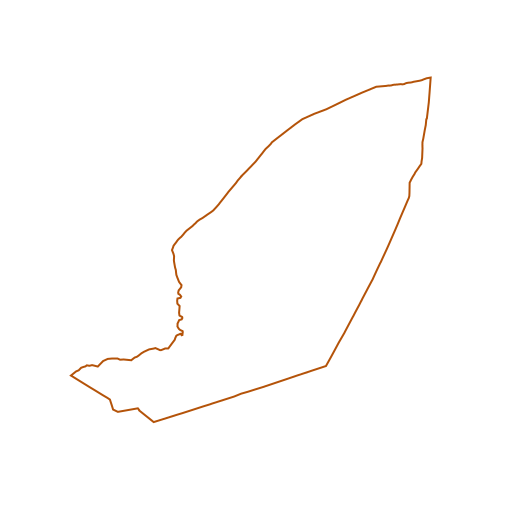 Rombo, Kilimanjaro, United Republic of Tanzania, rotated 80°
{"feature_id": "72390352B49231532539034", "entity_name": "Rombo", "entity_type": "district", "adm_level": 2, "iso_a3": "TZA", "parent_name": "United Republic of Tanzania", "parent_adm1": "Kilimanjaro", "projection": "natural_earth1", "projection_center": [37.461, -3.126], "detail": "fine", "context": "isolated", "style": "outline", "palette": "amber", "viewbox_px": 512, "rotation_deg": 80, "n_neighbors": 0, "source": "geoboundaries", "source_scale": "gbopen_adm2", "svg_char_len": 4845}
<svg xmlns="http://www.w3.org/2000/svg" viewBox="0 0 512 512"><g transform="rotate(80 256 256)"><path d="M110.6,53.0L110.6,53.5L110.6,54.9L110.6,55.9L110.6,56.9L110.7,57.7L110.8,58.1L110.9,58.7L111.0,59.1L111.0,59.5L111.2,60.2L111.3,60.9L111.5,61.4L111.6,62.1L111.7,62.6L111.7,63.3L111.8,64.1L111.8,64.5L111.8,65.0L111.8,65.7L111.8,66.6L111.8,67.3L111.8,68.1L111.8,68.9L111.8,69.8L111.8,70.7L111.9,71.3L112.0,72.2L112.0,72.9L112.0,74.0L111.9,74.7L111.8,75.8L111.8,77.0L111.8,77.8L112.0,78.8L112.1,79.3L112.4,80.0L112.4,80.5L112.4,81.1L112.4,82.0L111.9,83.5L111.8,84.5L111.8,85.3L111.7,86.0L111.7,86.8L111.6,87.5L111.5,88.1L111.5,89.2L111.3,89.9L111.3,90.9L111.3,91.6L111.4,92.3L111.5,93.3L111.4,94.3L111.4,94.9L111.3,95.1L111.3,95.4L111.2,95.5L111.1,95.9L111.1,96.2L111.1,96.6L111.1,98.3L110.2,108.2L113.6,123.5L117.7,140.3L118.6,143.4L118.9,144.4L123.1,159.1L123.7,161.2L126.1,174.0L129.3,186.6L133.2,194.7L137.5,203.0L139.4,206.6L143.5,214.4L146.8,220.6L148.2,222.0L150.1,224.6L152.2,227.9L154.4,230.4L154.5,230.5L156.3,232.4L156.6,232.8L157.2,233.5L158.0,234.4L158.7,235.2L160.5,237.2L160.8,237.6L161.1,237.9L162.1,239.0L162.7,239.7L162.9,239.9L164.0,241.4L165.5,243.5L166.5,244.8L167.3,245.9L168.7,247.9L169.0,248.3L170.0,249.6L171.9,252.3L174.8,256.5L174.9,256.4L178.4,260.8L180.6,263.0L184.5,267.7L184.6,267.8L187.2,271.0L188.3,272.3L189.1,273.1L191.8,276.1L194.0,278.5L194.4,279.0L195.5,280.2L196.7,281.6L197.7,282.7L198.6,283.6L198.9,284.0L200.9,286.5L201.9,287.8L202.8,289.0L203.6,290.0L204.1,290.9L205.1,292.9L206.9,297.0L207.2,297.6L209.3,302.1L209.8,303.5L210.4,305.3L210.5,305.4L211.1,306.7L211.4,307.3L211.7,307.9L212.2,308.6L212.8,309.4L213.0,309.6L213.3,310.0L213.9,311.1L214.5,312.0L215.1,312.8L215.6,313.6L218.1,318.3L219.0,320.0L220.3,321.7L220.5,322.0L222.3,324.0L222.6,324.4L224.2,326.4L224.7,327.4L226.1,329.5L226.4,329.9L227.2,330.8L228.9,332.5L230.5,334.3L231.7,335.5L233.1,336.2L233.6,336.5L235.6,337.7L239.5,336.9L242.0,336.7L242.4,336.8L244.7,337.3L245.8,337.6L247.6,337.7L249.5,337.7L249.8,337.7L253.0,337.7L254.2,337.6L255.6,337.4L256.0,337.4L258.5,337.6L260.8,337.7L262.5,337.4L263.7,337.2L265.0,336.9L266.6,336.6L268.3,336.2L269.1,335.8L271.2,334.7L271.7,334.4L273.4,335.0L273.8,335.1L276.4,338.1L278.5,339.0L278.8,339.0L279.8,339.0L280.9,337.7L281.9,337.2L282.9,336.7L284.1,337.7L284.2,340.7L286.3,341.4L287.3,341.5L289.3,341.7L290.2,341.1L292.0,339.9L294.0,340.4L298.5,341.6L301.3,341.7L301.5,341.5L302.1,340.9L302.7,339.9L303.3,339.3L303.7,339.3L304.0,339.3L304.3,339.3L305.5,340.2L305.8,342.8L308.0,344.3L308.9,345.0L310.6,345.3L311.7,345.6L312.3,345.4L313.2,345.1L313.6,344.9L314.7,344.4L315.7,343.5L316.2,342.8L316.8,342.0L317.1,341.4L317.6,341.3L318.5,341.4L319.6,341.8L320.3,342.0L321.0,342.2L321.0,342.4L321.1,343.0L320.6,343.2L320.2,343.2L319.6,343.4L319.5,344.1L319.8,345.0L320.0,346.0L320.1,346.5L320.2,347.1L320.7,348.3L322.1,349.3L322.7,349.7L324.4,350.6L326.1,352.4L327.3,353.7L330.7,357.3L331.8,358.4L331.8,358.5L331.3,361.6L331.6,362.7L331.6,362.8L332.0,364.7L332.1,365.2L332.2,365.7L332.2,366.0L332.1,366.5L331.9,367.2L331.3,367.9L329.2,371.1L329.3,371.7L329.4,373.2L329.4,373.8L329.4,377.4L330.0,379.7L330.4,381.2L331.0,383.4L331.5,384.5L331.8,385.5L333.8,389.1L334.6,390.9L334.9,393.0L335.6,394.4L336.8,396.6L337.0,396.9L334.9,404.4L334.7,406.4L334.5,407.9L332.9,410.2L332.1,415.0L332.0,415.3L331.6,419.9L332.9,424.8L335.8,428.8L337.4,431.0L335.5,435.2L335.1,436.2L335.0,436.4L335.2,439.1L334.3,441.6L335.1,443.1L335.3,445.3L335.7,447.6L337.8,450.5L338.4,453.2L341.6,459.0L351.8,447.6L353.4,445.8L356.7,442.1L359.4,439.0L360.1,438.2L366.4,431.1L369.9,427.0L372.0,424.8L378.4,423.9L382.4,423.4L385.5,419.1L385.5,398.8L387.2,397.9L387.3,398.0L387.9,397.8L401.8,385.6L398.6,361.1L398.0,356.0L396.7,346.6L396.0,341.6L394.9,333.7L394.1,327.2L393.7,324.9L390.7,302.6L390.6,301.9L389.0,294.5L388.3,287.6L387.3,280.2L386.1,270.6L385.9,269.6L385.7,268.1L383.6,254.2L382.7,248.2L380.7,235.3L380.7,235.2L379.0,223.3L378.8,222.2L376.5,206.2L368.5,199.7L364.1,196.2L355.6,189.5L353.7,187.9L346.7,182.0L346.2,181.7L333.0,171.4L332.4,170.9L332.2,170.7L328.9,168.2L323.3,163.8L322.7,163.3L318.3,160.0L318.3,159.9L316.7,158.8L314.0,156.7L311.4,154.7L310.4,153.9L306.5,150.9L300.9,146.5L299.4,145.3L299.3,145.2L298.8,144.9L294.3,141.8L290.0,138.8L284.4,134.8L283.6,134.1L280.5,132.0L272.9,126.7L268.8,123.9L253.9,114.0L253.1,113.5L249.6,111.2L244.2,107.8L237.3,103.3L235.5,102.1L227.5,96.9L225.5,95.5L223.6,94.6L220.5,93.9L214.3,92.7L210.7,92.0L210.5,91.9L210.4,91.9L208.7,90.6L208.2,90.3L205.2,87.9L202.7,85.6L201.4,84.7L198.3,81.5L195.8,79.1L194.0,77.2L193.7,77.1L191.5,76.5L188.4,75.4L178.8,73.3L177.1,73.1L176.4,72.9L175.8,72.9L173.9,72.5L172.8,72.3L169.5,70.9L161.2,67.9L156.6,66.1L150.8,64.5L150.4,63.9L134.9,59.2L126.0,56.9L111.4,53.2L110.6,53.0Z" fill="none" stroke="#b45309" stroke-width="2"/></g></svg>